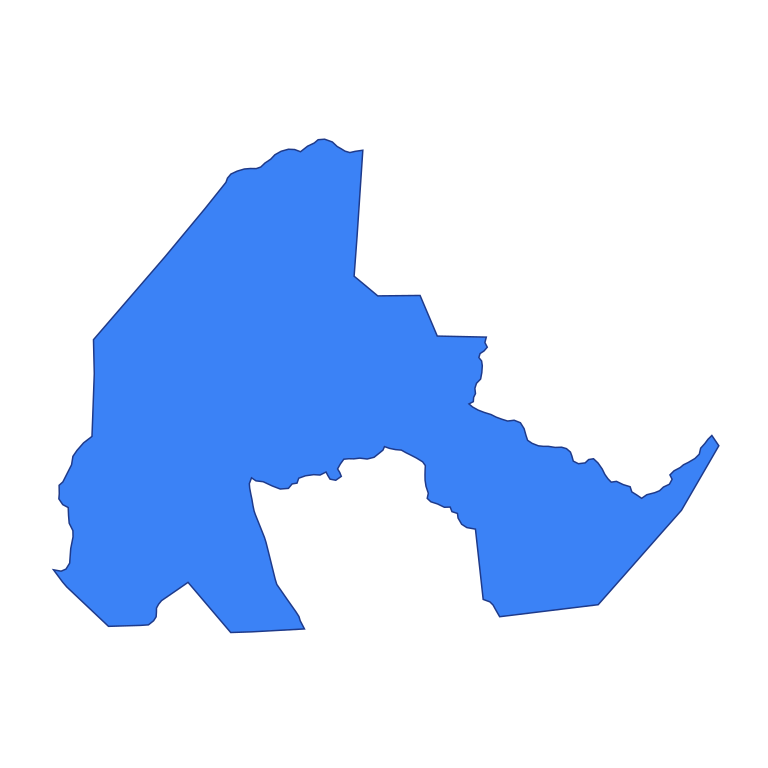 Pombal, Paraíba, Brazil (Equal Earth projection), rotated 269°
{"feature_id": "56859067B94358976501482", "entity_name": "Pombal", "entity_type": "district", "adm_level": 2, "iso_a3": "BRA", "parent_name": "Brazil", "parent_adm1": "Paraíba", "projection": "equal_earth", "projection_center": [-37.87, -6.816], "detail": "fine", "context": "isolated", "style": "filled", "palette": "blue", "viewbox_px": 768, "rotation_deg": 269, "n_neighbors": 0, "source": "geoboundaries", "source_scale": "gbopen_adm2", "svg_char_len": 2858}
<svg xmlns="http://www.w3.org/2000/svg" viewBox="0 0 768 768"><g transform="rotate(269 384 384)"><path d="M140.5,300.2L148.7,296.1L153.0,294.9L157.7,292.0L166.1,286.3L169.9,283.7L185.5,273.3L190.7,271.8L217.3,265.7L227.6,263.3L232.7,261.8L240.1,259.0L255.9,253.0L259.3,251.9L264.5,250.9L271.1,249.9L276.3,248.9L282.2,247.9L286.7,247.6L292.5,249.9L289.4,254.3L288.4,261.5L284.0,270.5L280.8,278.4L281.3,286.6L285.7,290.4L286.4,295.3L291.3,297.1L293.6,303.9L294.6,312.1L294.1,318.5L297.0,324.5L293.4,326.3L289.8,328.4L288.6,334.1L292.4,339.7L296.3,338.2L299.9,336.1L304.7,338.9L309.5,342.5L309.9,347.5L309.7,352.6L310.3,358.5L309.3,365.9L310.9,372.8L314.9,378.0L317.9,381.8L321.4,383.4L319.5,388.5L318.2,394.4L317.6,400.2L314.9,404.8L312.9,408.7L309.4,415.2L305.5,421.3L301.7,423.9L297.2,423.6L292.5,423.4L287.0,423.4L281.0,424.2L274.0,426.4L268.9,425.2L265.4,428.8L263.1,435.5L259.7,442.2L259.8,448.0L255.2,449.7L253.3,455.2L248.7,455.7L242.4,459.2L239.0,464.3L237.3,472.9L166.9,479.4L164.3,486.1L161.1,489.2L157.1,491.3L152.9,493.6L149.3,495.6L159.6,594.3L194.3,626.0L230.6,659.1L252.5,679.2L297.3,706.2L316.4,717.7L326.8,710.9L323.1,707.0L318.8,703.7L314.3,699.5L308.3,698.0L304.1,693.6L300.3,686.9L298.0,682.0L295.3,678.7L292.1,672.4L288.1,668.3L283.7,670.4L278.8,667.6L276.1,661.6L272.5,657.7L270.6,652.8L268.7,644.8L265.2,639.6L268.7,634.7L271.8,629.9L277.0,628.3L279.2,621.5L282.6,614.7L281.9,609.5L285.4,606.2L289.8,603.2L295.2,600.7L301.3,596.6L305.6,592.2L304.9,587.3L301.6,583.7L300.9,577.0L303.6,571.9L308.7,570.6L312.7,569.2L316.2,565.3L317.7,560.5L317.6,554.0L318.8,547.2L318.9,542.1L319.5,537.3L322.1,531.0L325.2,526.6L330.0,525.1L336.9,523.3L342.9,519.7L345.5,513.5L344.8,507.0L346.7,501.3L348.9,495.6L351.6,490.5L353.8,483.8L356.3,477.6L359.5,472.1L362.6,468.6L364.8,473.0L369.1,473.4L372.8,475.3L378.1,474.8L383.1,476.5L387.3,480.7L393.7,482.0L400.5,482.6L405.3,482.0L408.8,479.3L412.8,480.6L415.3,484.6L419.0,487.9L423.7,485.6L429.1,487.1L431.0,438.1L471.9,421.6L472.2,379.3L487.6,361.5L492.3,356.0L531.5,359.6L618.1,366.9L617.1,359.1L616.0,353.9L617.5,349.1L620.0,345.2L622.3,341.3L626.9,336.6L629.8,328.9L629.4,322.4L626.2,318.5L623.1,311.7L617.7,304.6L620.0,298.7L620.4,292.5L618.5,285.2L615.1,278.9L610.8,274.7L607.0,268.8L603.1,264.6L601.6,260.0L601.8,254.2L601.4,248.1L599.4,240.9L596.6,234.6L592.6,231.1L588.4,229.5L562.3,207.9L515.1,167.3L433.4,94.3L399.4,94.5L356.5,92.2L336.7,91.1L330.4,82.6L323.0,75.9L317.1,71.7L308.7,70.2L291.7,61.2L288.4,57.4L279.9,57.4L274.8,56.9L269.0,60.7L266.0,66.1L257.9,66.3L250.3,66.8L242.8,70.4L236.5,70.4L224.9,67.9L210.4,66.6L204.5,62.8L202.5,57.9L204.0,50.3L191.6,59.2L186.6,63.3L146.5,104.3L146.9,136.5L147.3,144.3L151.3,149.5L155.2,152.1L160.0,152.5L163.9,152.6L167.8,154.8L171.3,157.8L189.1,184.6L138.2,226.4L138.5,247.3L140.5,300.2Z" fill="#3b82f6" stroke="#1e3a8a" stroke-width="1.5"/></g></svg>